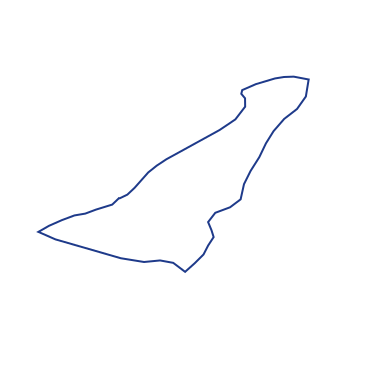 map outline of Tutong (Equal Earth projection), rotated 243°
{"feature_id": "BRN-1184", "entity_name": "Tutong", "entity_type": "District", "adm_level": 1, "iso_a3": "BRN", "parent_name": "Brunei", "parent_adm1": "", "projection": "equal_earth", "projection_center": [114.706, 4.599], "detail": "fine", "context": "isolated", "style": "outline", "palette": "blue", "viewbox_px": 384, "rotation_deg": 243, "n_neighbors": 0, "source": "natural_earth", "source_scale": "10m", "svg_char_len": 782}
<svg xmlns="http://www.w3.org/2000/svg" viewBox="0 0 384 384"><g transform="rotate(243 192 192)"><path d="M219.7,124.1L219.2,124.7L219.0,133.2L221.8,142.8L229.3,161.9L231.5,172.6L232.8,184.1L234.7,244.7L237.0,263.6L243.9,278.1L251.4,281.8L257.1,280.5L260.0,283.0L259.1,297.9L255.5,317.5L252.7,326.2L248.6,335.0L239.3,347.0L239.2,346.9L238.3,346.3L225.4,336.8L218.3,323.3L215.3,307.4L209.2,292.3L201.8,280.0L192.5,267.8L184.2,253.8L175.4,241.9L163.4,232.0L161.1,219.0L162.9,203.3L157.9,192.7L149.0,192.0L142.0,190.8L137.0,182.1L131.1,173.9L127.3,162.1L124.0,149.6L137.4,143.1L145.5,132.5L151.4,117.5L165.3,98.5L211.8,48.8L226.2,37.0L226.8,49.2L226.0,63.4L224.5,76.6L221.2,87.1L219.9,98.5L217.0,115.2L219.6,123.9L219.7,124.1Z" fill="none" stroke="#1e3a8a" stroke-width="2"/></g></svg>